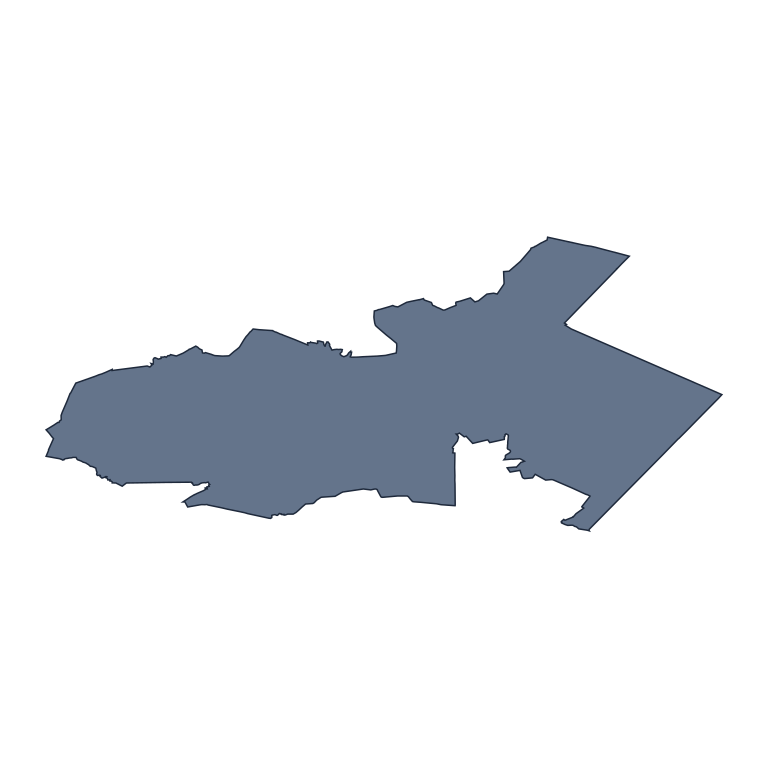 Sarkaņu pag., Madona, Latvia
{"feature_id": "27541924B13907440389179", "entity_name": "Sarkaņu pag.", "entity_type": "district", "adm_level": 2, "iso_a3": "LVA", "parent_name": "Latvia", "parent_adm1": "Madona", "projection": "equal_earth", "projection_center": [26.346, 56.915], "detail": "fine", "context": "isolated", "style": "filled", "palette": "slate", "viewbox_px": 768, "rotation_deg": 0, "n_neighbors": 0, "source": "geoboundaries", "source_scale": "gbopen_adm2", "svg_char_len": 6042}
<svg xmlns="http://www.w3.org/2000/svg" viewBox="0 0 768 768"><path d="M721.9,394.6L571.3,329.0L565.2,325.2L566.5,324.4L564.4,323.0L617.1,268.7L616.9,268.6L618.2,267.5L621.3,264.2L629.3,256.2L598.1,248.0L596.0,247.4L591.2,246.3L585.1,245.4L581.4,244.6L547.6,237.2L547.1,240.0L540.5,243.3L535.9,246.1L535.3,246.4L535.1,246.3L534.2,247.0L531.0,248.2L530.5,249.7L520.4,261.4L509.1,271.2L503.6,271.6L504.1,283.5L503.5,284.8L497.2,294.0L493.7,293.2L486.9,294.1L478.5,300.8L474.9,301.9L470.4,297.9L460.0,301.2L456.1,302.1L455.7,303.0L456.1,305.4L450.5,307.5L444.8,310.0L443.2,310.1L439.0,308.1L437.3,307.5L434.5,306.0L432.7,305.4L431.4,302.5L424.5,300.1L423.9,299.6L423.5,298.6L419.2,299.8L419.1,299.7L411.2,301.3L406.7,302.3L397.9,306.9L394.8,306.4L392.8,305.5L389.5,306.6L379.9,309.4L378.8,309.6L378.3,309.6L377.3,310.2L374.3,311.0L373.9,316.9L374.0,318.3L374.7,323.0L375.5,325.5L377.4,327.3L386.1,334.8L391.1,338.8L396.6,343.4L396.8,346.1L396.5,350.8L396.2,353.0L385.5,355.4L377.1,356.1L363.6,356.7L357.7,357.1L351.3,357.2L350.2,356.8L351.1,355.0L351.6,352.2L350.8,352.2L350.7,351.2L348.6,353.0L347.6,354.7L346.6,355.6L343.9,356.7L342.1,356.0L340.3,354.6L340.1,353.5L341.9,351.8L342.0,350.8L342.3,349.6L340.7,349.3L338.6,349.5L336.9,349.3L334.0,349.6L332.0,350.1L329.5,345.6L329.7,344.8L329.6,344.1L328.0,341.9L326.6,342.1L326.5,343.0L325.7,344.1L325.2,346.1L324.6,346.0L324.3,345.3L323.9,344.6L323.4,342.1L319.1,341.0L317.5,341.0L317.5,341.8L317.8,342.9L316.8,343.6L315.9,343.2L311.0,342.4L310.6,342.0L309.8,342.8L307.6,342.8L307.8,345.0L294.5,339.5L283.1,335.1L281.7,334.4L280.6,334.2L276.3,332.2L276.1,332.3L274.2,331.5L273.1,331.0L272.8,330.6L259.2,329.7L253.1,329.0L250.7,331.6L250.2,331.8L247.8,334.8L246.1,336.6L243.8,340.0L239.8,346.6L239.1,347.5L236.7,349.5L234.3,351.3L229.2,355.7L227.9,355.9L222.4,356.1L214.8,355.6L213.5,355.2L211.2,354.3L205.4,352.6L204.3,353.2L202.5,352.9L202.2,351.4L202.0,350.0L199.4,348.8L197.7,347.2L195.8,346.1L190.3,349.0L189.2,349.2L189.0,349.6L183.2,353.1L176.6,355.9L176.3,356.0L170.5,354.6L169.6,355.6L167.9,355.7L166.2,357.3L164.9,356.6L163.4,357.1L161.0,357.1L161.1,358.4L158.2,359.2L157.8,358.8L155.0,357.7L154.0,358.1L153.3,359.2L153.1,359.7L153.4,362.0L153.1,364.1L151.0,363.5L151.9,365.1L149.9,367.0L147.2,366.0L112.1,370.5L112.2,369.4L105.5,372.4L101.6,374.0L99.1,374.7L95.4,376.2L75.8,383.1L70.6,393.1L70.1,393.4L67.0,401.3L62.3,412.1L61.1,415.4L61.2,419.8L59.5,421.1L59.1,422.4L57.6,422.5L57.0,423.0L53.7,425.2L46.1,429.8L49.4,433.5L51.9,436.8L53.5,438.6L48.5,449.8L48.6,450.3L48.2,451.3L46.1,456.3L59.5,458.7L61.5,459.4L62.8,460.1L63.7,459.8L63.6,459.7L65.1,458.8L66.2,458.5L67.0,458.5L69.3,458.0L71.7,457.8L72.9,457.4L76.1,457.4L77.0,459.2L77.7,459.8L78.2,460.0L79.3,460.3L79.9,460.6L81.5,461.2L83.0,462.1L85.1,462.7L86.2,463.2L87.7,464.2L88.3,464.4L90.3,466.3L92.2,466.5L95.8,468.1L96.4,470.8L97.0,472.3L96.6,474.1L96.9,474.9L97.7,475.5L99.7,475.2L100.3,475.5L100.0,476.4L102.0,478.1L104.2,477.4L106.0,476.5L106.7,476.7L105.7,477.6L105.9,477.8L106.7,478.0L107.3,478.4L107.9,480.0L110.0,479.7L109.8,480.9L111.3,481.2L112.3,482.1L112.2,482.9L115.9,483.0L122.2,486.2L126.4,483.0L166.0,482.4L191.5,482.2L191.9,482.5L191.7,482.6L191.7,482.8L191.9,482.8L191.9,482.6L192.2,482.7L192.4,483.0L192.2,483.1L192.3,483.2L192.3,483.4L192.6,483.7L193.3,484.9L193.7,485.2L194.3,485.3L196.1,484.9L196.8,485.1L198.8,484.6L200.6,483.4L202.0,482.9L204.4,482.6L205.6,482.8L208.1,482.1L209.3,484.1L209.7,484.4L208.6,485.1L209.2,486.4L206.9,486.9L207.2,488.5L206.2,487.8L205.1,488.1L205.9,489.2L203.6,490.6L196.9,493.5L194.4,494.8L194.3,494.7L189.9,497.3L187.9,498.7L183.0,501.9L184.9,501.9L187.7,507.0L200.2,504.8L201.8,504.6L204.9,504.7L207.0,504.5L208.0,505.0L221.6,507.8L227.1,509.1L240.4,511.8L245.0,512.8L247.6,513.6L268.8,518.2L270.5,518.4L270.8,518.1L271.4,517.9L271.4,517.7L271.8,517.4L271.9,517.0L271.7,515.4L272.4,515.1L275.0,514.6L276.6,515.3L277.5,515.3L278.2,514.7L279.3,513.5L280.8,513.8L280.6,514.0L281.5,514.3L281.6,514.5L282.0,514.4L282.8,514.6L283.5,514.4L283.8,514.4L283.6,514.9L284.5,515.1L285.3,515.0L287.7,514.1L293.2,514.1L296.0,512.5L298.9,510.0L302.2,506.9L305.5,504.1L305.9,504.0L312.8,503.5L314.2,502.7L316.7,500.1L320.9,497.4L321.6,497.2L335.1,496.3L341.0,492.9L342.8,492.0L363.4,489.0L370.8,489.9L374.3,489.1L375.5,489.0L376.1,489.1L376.9,489.4L377.4,489.9L377.4,490.3L380.4,495.9L381.0,496.9L381.6,497.2L382.7,497.3L397.5,496.0L407.2,496.0L407.8,496.3L408.5,496.8L410.2,499.0L412.0,501.0L412.4,501.5L412.8,501.6L413.8,501.8L420.7,502.3L436.6,503.8L441.0,504.7L455.1,505.7L455.2,505.3L455.0,483.9L454.8,480.4L454.9,475.7L454.7,467.7L454.9,453.1L452.7,452.8L453.0,451.8L453.2,449.3L453.4,448.7L452.6,448.3L452.4,447.9L452.5,447.3L457.4,441.0L458.5,437.2L458.1,436.1L456.2,434.1L457.9,434.0L459.4,433.1L464.2,436.8L466.2,436.3L472.7,443.4L487.3,439.9L487.7,439.9L488.1,440.3L489.7,442.6L504.3,439.4L504.4,437.6L504.3,436.7L505.1,435.9L505.0,434.7L506.1,433.8L508.2,435.0L508.4,435.5L507.7,442.5L507.8,443.3L507.5,445.5L507.6,445.9L507.5,446.3L507.5,447.4L507.3,447.8L507.4,448.5L507.9,449.2L509.8,450.1L510.2,450.5L510.5,451.1L510.4,451.8L509.6,452.8L508.5,453.5L506.6,454.6L505.7,455.2L505.4,455.7L505.3,456.2L505.4,457.2L505.3,457.9L503.9,459.8L511.6,459.1L512.8,459.2L519.8,458.7L521.1,459.3L524.4,461.2L521.8,462.2L521.0,462.3L516.3,467.3L515.8,467.1L514.8,467.1L508.5,467.6L507.1,467.8L507.2,468.0L510.1,472.1L520.0,470.4L522.4,477.3L523.3,478.1L524.5,478.6L532.3,477.9L532.6,477.8L535.2,474.3L545.7,480.1L551.3,479.6L552.4,479.7L553.0,479.8L572.5,488.2L585.8,494.3L586.7,494.6L586.9,494.5L590.0,496.0L590.0,496.3L581.8,506.7L581.8,506.9L583.7,507.9L583.8,508.1L576.0,513.7L573.6,516.5L573.1,516.6L573.2,517.0L564.9,520.3L563.8,519.4L561.3,521.5L561.8,522.4L561.4,522.7L561.5,522.9L565.0,524.5L567.7,525.4L571.3,525.2L573.0,525.3L574.7,526.4L576.4,526.8L578.8,528.9L587.2,530.2L589.2,530.8L589.0,530.5L589.1,529.8L589.3,529.2L589.6,528.9L662.9,454.6L678.2,438.9L678.6,438.7L686.3,431.0L701.9,415.1L718.6,398.2L721.9,394.6Z" fill="#64748b" stroke="#1e293b" stroke-width="1.5"/></svg>